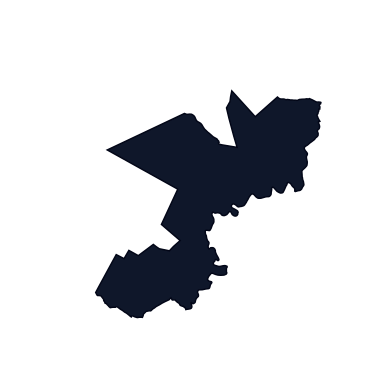 Malindi, Coast, Kenya (Natural Earth projection), rotated 119°
{"feature_id": "3690345B29695103199893", "entity_name": "Malindi", "entity_type": "district", "adm_level": 2, "iso_a3": "KEN", "parent_name": "Kenya", "parent_adm1": "Coast", "projection": "natural_earth1", "projection_center": [39.914, -3.232], "detail": "fine", "context": "isolated", "style": "filled", "palette": "ink", "viewbox_px": 384, "rotation_deg": 119, "n_neighbors": 0, "source": "geoboundaries", "source_scale": "gbopen_adm2", "svg_char_len": 6077}
<svg xmlns="http://www.w3.org/2000/svg" viewBox="0 0 384 384"><g transform="rotate(119 192 192)"><path d="M127.0,236.7L196.3,286.5L196.4,205.8L235.2,203.0L240.2,178.8L248.7,181.8L251.8,182.6L254.4,183.2L257.5,193.1L257.2,196.6L256.6,200.4L273.7,208.1L273.7,218.9L283.2,219.1L283.5,227.9L321.5,227.6L326.6,227.5L328.2,225.1L328.3,224.4L328.0,223.8L327.7,223.3L327.1,221.9L327.0,221.3L327.2,220.7L328.6,217.5L329.1,216.9L329.6,216.7L330.0,216.2L330.3,215.4L330.8,214.7L331.4,214.1L331.3,213.4L331.1,212.6L331.5,212.0L332.1,209.9L332.4,209.3L332.8,207.5L332.5,207.0L331.9,206.4L330.9,204.9L329.9,203.1L329.2,202.9L328.8,202.1L328.7,201.2L329.2,198.1L329.3,195.2L329.7,192.8L329.7,190.5L330.4,186.4L330.7,185.5L330.6,184.5L330.1,184.7L329.5,184.4L329.2,183.9L329.0,183.2L329.0,182.0L328.4,179.1L328.1,178.6L327.1,177.4L326.0,175.4L325.7,174.6L324.5,174.7L321.7,175.3L321.1,174.9L318.6,174.2L317.8,173.2L317.0,172.3L316.6,171.8L316.1,170.7L315.6,170.3L313.5,169.7L311.3,168.5L310.1,168.1L308.4,167.1L306.4,165.8L303.7,164.3L301.0,162.5L297.3,159.8L296.2,159.6L294.8,159.1L295.3,158.2L296.0,156.9L295.1,155.4L294.6,154.4L295.0,153.4L295.5,151.4L295.6,149.5L295.8,148.9L296.2,148.4L296.7,147.7L296.8,146.8L296.5,144.7L296.1,144.1L296.3,143.6L296.6,143.0L296.5,142.3L297.2,140.9L297.8,140.4L296.9,139.4L295.8,137.9L294.8,136.8L294.0,136.3L293.0,136.3L292.1,136.7L291.5,137.2L290.6,138.1L290.1,138.8L289.6,139.3L289.0,139.1L289.0,138.3L289.3,137.3L289.0,136.7L287.8,136.0L287.1,135.8L286.6,135.9L284.5,136.5L283.2,136.6L282.4,136.5L280.3,135.9L279.7,136.0L279.1,136.4L278.5,136.8L277.5,138.1L277.1,138.5L276.4,138.8L275.8,138.9L275.1,138.9L274.5,138.7L274.1,138.3L272.4,135.5L270.0,132.8L268.6,130.8L268.1,130.4L267.6,130.2L266.5,130.3L264.9,130.8L264.1,130.9L263.3,130.9L261.8,130.7L261.3,131.0L261.1,131.5L261.6,133.5L261.7,134.3L261.5,135.0L261.2,135.6L260.8,136.0L260.1,136.3L258.4,136.5L257.7,136.5L254.3,135.9L253.7,135.6L253.2,134.9L253.0,134.1L252.7,131.6L252.3,129.9L252.1,129.1L250.9,126.5L249.1,123.7L247.3,122.3L246.5,122.2L245.8,122.4L245.0,123.3L242.7,124.6L242.1,124.9L240.5,124.9L240.0,125.4L240.1,126.2L240.2,126.9L240.5,127.7L241.5,129.1L243.4,131.3L244.1,132.5L244.4,133.4L244.5,134.0L245.1,136.7L245.1,137.4L244.8,138.1L244.3,138.6L243.2,139.1L242.7,139.0L242.1,138.7L241.5,138.6L240.3,138.8L239.5,138.6L239.3,137.8L239.5,136.4L239.2,135.8L238.6,135.6L237.9,135.8L236.6,137.5L235.7,139.0L234.8,140.4L233.2,142.4L231.8,143.3L231.4,143.8L230.9,144.5L230.6,145.4L230.5,146.0L230.6,146.7L231.0,147.6L231.8,148.7L232.6,149.0L233.1,149.1L233.6,149.5L233.3,150.3L232.7,150.9L232.2,151.3L231.2,151.8L229.3,152.1L228.7,152.3L228.0,152.7L227.7,153.1L227.1,154.7L226.0,156.1L224.2,157.7L223.6,158.0L223.2,158.5L222.2,159.9L220.2,161.3L219.6,161.5L219.0,161.4L218.5,160.9L218.2,160.4L217.4,158.2L216.9,157.8L216.3,157.7L214.5,157.7L210.8,158.3L208.6,158.2L207.5,158.4L205.4,159.6L204.4,160.6L203.1,162.7L202.2,163.6L201.5,164.0L200.9,164.1L199.7,164.2L199.4,163.8L199.3,161.6L197.8,159.7L197.5,159.1L197.1,157.7L196.9,156.9L197.2,155.9L197.6,155.2L197.7,154.6L197.6,153.7L197.2,152.7L196.7,152.0L195.0,150.7L194.3,150.5L191.1,149.9L190.7,149.4L190.6,148.7L190.7,148.1L191.8,146.5L192.2,145.9L192.4,144.5L192.4,143.6L192.2,142.8L191.8,142.1L191.3,141.6L190.7,141.3L190.1,141.2L189.3,141.2L188.6,141.6L187.8,141.7L187.3,141.9L186.6,142.8L186.4,143.5L186.3,146.3L186.4,148.6L186.3,149.6L186.0,150.2L185.4,150.6L184.8,150.9L184.2,151.0L183.0,150.7L182.4,150.2L182.2,149.4L182.1,148.5L182.1,147.6L182.6,145.3L182.6,144.5L182.3,143.8L181.7,143.3L180.7,141.9L179.5,140.7L178.9,140.2L177.9,139.8L174.6,139.5L173.3,139.6L171.6,139.5L169.0,139.6L167.7,139.5L165.9,139.2L165.2,139.0L164.6,138.6L164.3,138.0L164.2,137.3L164.2,136.6L165.2,133.7L165.4,132.2L165.4,131.4L165.1,130.6L164.4,129.3L163.9,128.6L160.4,125.1L159.9,124.4L159.0,122.9L158.5,122.3L157.3,121.8L156.2,121.7L155.5,121.8L153.8,122.6L151.4,123.4L150.8,123.9L150.0,124.1L148.9,124.1L148.5,123.3L148.6,122.4L150.0,118.5L150.2,117.8L150.2,115.6L150.1,114.7L150.0,114.1L149.2,112.9L148.6,112.4L147.9,112.2L145.2,112.3L141.3,112.7L139.7,112.6L138.1,113.0L137.5,113.0L137.2,112.6L136.8,111.8L136.7,111.0L136.9,109.6L138.1,107.4L138.4,106.7L138.8,104.8L139.2,104.0L140.3,103.0L140.9,102.8L141.4,102.6L141.5,101.9L139.3,99.7L138.5,98.6L137.9,98.1L136.5,97.6L136.0,97.6L134.1,97.7L132.2,97.5L131.2,97.8L128.9,99.6L127.3,101.4L126.1,102.2L125.1,103.2L123.7,104.0L121.1,105.7L120.5,106.0L119.8,106.1L119.2,106.0L115.9,104.9L114.0,104.5L113.2,104.4L112.5,104.6L111.0,105.2L109.8,105.8L107.4,107.9L106.3,108.7L105.3,109.2L104.2,109.2L103.5,109.3L102.8,109.5L102.3,109.9L101.8,110.7L100.9,113.0L100.4,113.8L100.0,114.4L99.6,114.8L99.2,115.1L98.3,115.3L97.7,115.2L96.9,114.9L95.0,113.8L93.7,113.3L92.2,112.8L90.3,111.9L86.6,110.3L85.0,110.2L83.0,109.4L81.9,109.2L81.4,109.2L79.9,109.9L79.3,110.4L78.4,111.5L78.0,111.9L77.5,112.0L76.3,112.1L75.1,111.5L74.1,111.7L73.1,112.0L71.9,112.9L71.1,113.8L70.6,114.5L70.0,115.1L69.2,115.4L68.8,114.8L68.2,114.4L67.0,116.5L65.6,118.4L65.1,118.8L64.3,119.9L63.8,120.1L62.4,119.8L61.8,120.3L60.7,120.3L59.4,120.5L58.7,121.1L57.9,121.2L57.6,120.5L56.3,121.0L55.8,121.3L55.3,121.6L54.9,122.2L54.3,122.8L53.6,122.9L52.5,122.3L51.2,122.7L51.3,123.5L51.9,124.8L52.8,126.4L53.0,127.1L53.1,131.4L53.4,134.6L54.1,135.1L55.1,137.2L56.1,138.3L57.4,140.6L58.2,141.7L58.7,142.5L59.1,143.0L60.5,144.0L60.9,144.4L61.5,145.9L62.4,147.5L63.1,149.3L63.6,150.0L63.9,150.8L64.1,151.6L64.4,152.3L64.7,153.2L65.6,154.4L65.9,155.3L66.0,156.2L66.2,156.8L67.6,159.4L67.8,160.0L67.9,161.5L67.5,163.3L95.5,173.2L84.3,206.2L90.0,204.4L94.4,202.6L101.7,202.6L109.6,195.4L113.2,191.9L122.9,182.5L131.1,174.2L136.3,188.8L137.1,191.7L136.8,192.1L136.0,192.7L135.5,192.4L135.0,192.9L134.5,193.5L134.2,194.7L133.7,195.5L133.5,196.2L133.5,200.1L132.3,205.5L132.1,207.0L131.2,210.4L131.0,211.3L129.9,213.5L128.4,216.0L127.8,217.6L127.7,219.0L127.7,221.5L127.5,222.2L126.9,223.5L125.1,225.8L124.6,226.8L124.3,227.8L124.2,230.0L124.9,231.6L126.6,234.1L126.8,235.2L127.0,236.7Z" fill="#0f172a" stroke="#020617" stroke-width="1.5"/></g></svg>